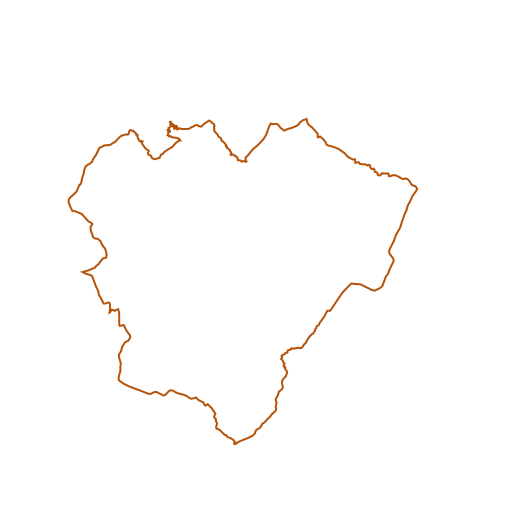 outline of Visinesti, Dâmbovita, Romania, rotated 67°
{"feature_id": "2599482B49145117460111", "entity_name": "Visinesti", "entity_type": "district", "adm_level": 2, "iso_a3": "ROU", "parent_name": "Romania", "parent_adm1": "Dâmbovita", "projection": "albers", "projection_center": [25.566, 45.128], "detail": "fine", "context": "isolated", "style": "outline", "palette": "amber", "viewbox_px": 512, "rotation_deg": 67, "n_neighbors": 0, "source": "geoboundaries", "source_scale": "gbopen_adm2", "svg_char_len": 6118}
<svg xmlns="http://www.w3.org/2000/svg" viewBox="0 0 512 512"><g transform="rotate(67 256 256)"><path d="M421.0,347.1L420.4,346.8L420.2,343.5L420.4,335.0L420.1,329.2L418.9,326.4L416.8,324.5L416.3,323.7L415.8,320.0L415.1,318.5L413.0,315.9L412.4,312.7L410.7,309.4L409.6,306.2L407.7,303.0L406.6,299.4L405.3,297.6L404.2,297.0L402.7,297.0L399.8,294.8L398.4,294.3L396.1,294.0L395.3,293.6L392.7,290.2L389.9,288.0L388.8,284.3L388.0,283.1L387.2,282.5L383.7,281.9L381.7,281.2L379.9,279.0L378.4,275.7L375.6,272.9L374.3,272.6L370.6,273.4L370.2,273.1L369.8,272.5L368.9,273.3L368.0,273.6L367.4,273.2L366.5,272.0L365.9,271.6L364.7,272.4L362.6,272.2L360.6,273.1L360.1,272.6L359.7,271.6L358.0,271.5L357.6,270.7L357.5,267.9L356.7,266.9L357.1,265.4L357.0,265.0L356.7,264.4L355.9,264.3L355.4,263.7L355.3,262.9L355.7,260.8L355.5,260.2L354.9,260.0L354.8,259.4L356.1,257.2L357.0,252.9L358.3,251.2L358.3,249.3L356.2,246.3L355.3,243.8L353.5,241.9L351.0,238.1L350.4,236.4L349.9,235.6L349.8,233.9L349.6,233.5L348.9,232.8L348.1,231.2L346.7,230.3L346.1,229.0L344.4,227.6L344.0,225.1L342.1,223.1L341.2,221.1L340.0,219.6L338.2,216.5L334.4,212.0L334.4,211.2L335.3,209.5L335.3,208.9L324.5,192.4L322.6,188.8L318.7,179.3L318.7,178.5L319.9,176.9L322.9,170.9L332.6,162.6L334.2,160.5L334.1,155.4L333.7,153.3L332.9,151.3L325.6,144.4L323.9,141.4L319.9,137.6L314.5,131.3L313.4,130.8L311.5,130.8L306.5,132.0L304.9,132.0L303.8,131.7L302.2,130.6L295.9,123.1L291.3,118.9L286.1,112.1L281.3,108.1L275.1,102.4L273.4,100.3L268.7,96.4L265.0,91.7L262.3,89.0L261.0,87.2L259.1,83.7L257.1,81.3L254.3,81.9L251.3,84.9L246.9,85.5L244.6,86.4L243.2,87.8L242.6,90.8L242.3,91.1L238.5,93.9L236.2,96.1L235.3,97.8L234.8,102.1L234.4,102.4L232.4,102.0L231.6,102.1L231.4,103.0L230.6,104.4L230.3,105.8L229.0,107.7L230.1,109.4L230.3,110.3L229.4,112.0L228.8,112.3L227.5,111.7L226.1,112.2L224.9,113.8L223.2,113.3L221.7,113.4L221.2,115.5L219.8,116.1L217.0,115.7L216.0,116.8L216.3,117.9L215.9,118.6L214.3,119.4L213.8,121.1L211.8,124.4L209.7,125.0L209.0,128.2L205.7,127.1L204.9,129.3L200.6,132.7L195.7,134.4L189.7,138.2L186.3,141.5L182.1,146.8L180.7,147.6L178.2,147.4L177.1,148.0L175.4,148.2L171.1,150.3L171.1,152.6L170.5,152.8L169.2,152.0L167.4,151.5L160.2,153.9L155.3,156.4L152.4,156.6L149.7,155.8L149.3,159.5L150.2,163.4L151.9,166.0L152.1,168.8L152.1,172.4L151.4,178.2L151.8,180.2L151.5,181.2L149.3,182.3L147.7,183.4L144.4,184.1L142.7,185.1L142.4,185.5L141.0,189.5L139.8,190.6L141.8,193.2L148.3,199.2L150.8,202.6L152.7,206.4L154.6,211.1L156.5,216.8L158.3,220.8L159.7,223.0L161.5,227.3L163.8,228.0L165.2,227.8L165.4,228.5L163.5,230.7L163.6,232.2L161.8,233.2L160.7,235.3L158.0,234.6L156.5,235.7L155.3,236.0L154.8,237.0L153.8,237.4L153.3,238.0L153.4,239.3L152.7,239.8L151.6,238.6L150.8,238.4L149.6,238.9L148.0,238.7L145.1,240.5L144.1,240.0L143.6,240.2L143.4,240.8L142.6,240.7L142.1,240.1L137.5,241.6L137.1,242.3L135.4,242.7L134.5,242.2L133.5,242.4L131.5,243.9L128.4,244.1L126.0,245.2L123.8,245.4L123.1,245.1L122.6,244.6L121.2,244.5L120.5,244.0L120.1,243.3L118.2,243.1L116.3,244.4L115.6,244.5L113.0,246.2L113.7,250.1L114.5,253.3L115.4,254.9L115.4,256.2L114.8,256.7L114.2,257.8L112.4,259.1L111.9,261.5L112.4,262.7L112.2,264.6L112.8,268.1L110.1,274.7L108.7,276.3L108.7,277.1L108.1,277.8L108.4,278.1L108.7,279.1L107.6,279.4L107.6,278.7L105.5,278.1L104.8,279.0L104.7,279.8L101.6,281.5L102.3,282.0L103.0,282.1L103.4,281.0L104.3,281.4L104.6,280.8L105.4,280.6L105.4,279.7L106.7,279.1L107.1,279.2L106.8,279.9L107.1,281.2L107.0,281.5L104.0,281.5L103.9,282.1L103.6,282.5L100.5,282.9L99.1,282.1L99.0,282.9L102.0,283.3L102.5,283.9L103.5,284.3L104.0,286.4L104.7,286.1L106.2,286.9L106.0,287.5L105.5,288.0L105.7,288.3L106.8,287.8L106.7,286.8L106.9,286.5L107.7,286.3L107.9,286.5L108.0,288.6L109.8,289.3L110.3,290.1L111.0,289.4L111.2,289.6L111.8,289.4L112.5,287.6L113.4,287.6L116.7,282.3L118.7,280.7L120.1,280.5L119.6,281.7L120.8,286.1L122.8,290.2L123.7,296.2L124.3,299.3L125.6,302.1L125.7,304.1L127.7,305.9L127.9,306.7L127.4,311.4L126.9,312.1L124.7,313.7L123.0,313.2L120.6,315.4L119.1,315.5L117.5,313.6L116.7,313.8L115.5,314.9L113.1,315.9L108.6,316.9L107.1,316.8L106.5,316.0L106.2,316.8L105.4,316.6L105.4,317.3L104.7,318.3L101.7,318.6L99.0,318.4L98.3,317.6L98.0,317.7L97.4,318.9L95.5,318.7L93.8,319.9L92.8,320.1L92.4,321.2L91.2,322.0L91.0,322.4L91.1,323.1L91.9,324.3L93.5,325.2L94.2,325.9L94.1,326.9L93.5,327.7L93.0,329.3L93.2,330.3L92.8,331.7L92.8,333.5L93.6,335.9L95.8,340.8L96.2,344.1L96.7,346.6L96.4,348.6L95.6,350.2L95.0,352.3L95.4,356.1L95.1,357.7L100.6,364.0L103.4,368.5L105.2,369.9L106.3,373.6L106.3,375.3L107.0,377.9L109.9,380.7L112.5,382.2L116.4,385.6L120.6,388.5L121.6,390.0L121.5,390.8L123.3,392.5L126.6,396.2L127.6,398.3L129.4,403.9L130.5,405.9L132.7,407.3L137.2,407.7L142.6,407.5L144.3,404.8L149.3,399.9L158.5,396.8L161.6,394.4L162.7,394.3L164.5,396.8L166.2,397.7L169.3,398.3L172.7,398.2L173.8,398.7L176.1,398.1L177.3,396.9L178.3,395.0L181.5,393.3L183.8,393.4L188.2,392.8L190.0,392.0L194.0,392.4L197.6,393.5L198.9,394.7L198.5,398.2L201.0,402.6L201.7,403.5L202.9,407.5L203.8,408.5L203.7,416.6L203.0,421.9L205.9,419.5L208.9,415.7L210.4,414.7L222.2,415.2L226.5,414.9L230.4,415.8L235.7,415.1L240.1,414.9L240.5,414.5L240.9,413.2L241.0,410.1L242.3,409.1L243.5,409.3L247.6,411.0L250.8,413.0L250.7,412.1L249.0,410.0L249.4,409.1L251.3,407.5L250.9,405.3L251.2,403.6L255.5,404.4L265.7,408.7L266.6,408.7L267.2,408.6L267.6,406.0L268.0,404.7L274.2,404.4L279.9,403.0L281.7,403.4L284.0,406.5L284.2,410.1L287.5,414.9L290.7,417.2L293.3,420.8L296.1,421.7L302.0,422.4L306.2,424.8L308.2,425.3L312.4,428.7L315.3,430.5L316.9,430.7L321.6,427.9L326.4,423.8L341.1,408.5L341.8,406.6L341.5,402.6L342.5,400.5L348.1,395.8L348.5,394.2L346.1,388.3L346.5,386.5L347.5,385.1L350.2,383.1L352.1,381.2L355.5,376.7L357.7,374.6L361.4,372.2L362.3,371.0L362.9,366.5L366.2,365.2L370.1,361.7L373.5,361.5L374.0,360.6L373.6,358.3L378.8,356.2L385.3,355.0L387.5,357.4L388.8,357.4L390.3,356.6L392.4,357.4L394.9,357.2L398.2,359.8L399.6,359.7L401.5,357.6L408.4,354.7L409.2,353.5L411.3,353.0L412.2,352.3L413.5,350.7L417.0,348.5L418.6,348.1L419.9,349.4L420.3,349.5L421.0,348.5L421.0,347.1Z" fill="none" stroke="#b45309" stroke-width="2"/></g></svg>